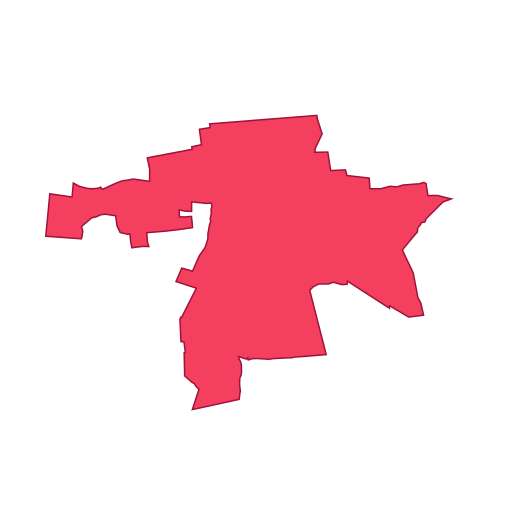 Sanahcat, Yucatán, Mexico (Robinson projection), rotated 349°
{"feature_id": "50627088B45339829502466", "entity_name": "Sanahcat", "entity_type": "district", "adm_level": 2, "iso_a3": "MEX", "parent_name": "Mexico", "parent_adm1": "Yucatán", "projection": "robinson", "projection_center": [-89.213, 20.761], "detail": "fine", "context": "isolated", "style": "filled", "palette": "rose", "viewbox_px": 512, "rotation_deg": 349, "n_neighbors": 0, "source": "geoboundaries", "source_scale": "gbopen_adm2", "svg_char_len": 2466}
<svg xmlns="http://www.w3.org/2000/svg" viewBox="0 0 512 512"><g transform="rotate(349 256 256)"><path d="M458.6,237.2L454.2,235.2L447.4,232.0L446.2,231.3L442.5,230.6L442.4,230.6L436.3,229.5L436.7,217.2L434.6,215.8L429.5,216.3L426.0,215.7L423.5,215.5L414.1,214.4L407.3,215.0L400.7,213.1L391.4,213.8L380.7,211.7L382.0,201.1L369.6,197.2L360.2,194.2L360.6,192.2L360.2,188.5L345.6,186.4L346.3,167.7L333.5,165.4L335.0,161.2L344.2,148.8L342.4,133.3L342.4,133.0L342.4,132.8L342.4,132.6L342.6,129.6L235.7,117.4L235.5,121.2L224.6,120.8L223.7,136.3L213.8,136.5L213.6,139.1L176.4,138.9L168.0,138.9L168.2,150.5L165.8,162.4L150.1,157.0L144.7,157.0L141.5,156.8L137.8,156.8L129.8,158.4L118.1,161.3L116.4,158.7L115.5,159.2L112.6,159.3L107.3,158.6L103.8,157.6L96.1,154.1L90.6,149.5L86.7,163.0L65.5,155.6L53.4,196.5L87.8,205.8L88.9,203.7L90.8,198.3L90.2,193.8L102.2,187.1L106.2,187.1L111.8,185.9L116.2,186.3L125.9,189.7L125.3,199.8L127.1,207.0L130.1,208.3L134.4,210.3L136.4,210.2L135.7,217.7L135.7,224.3L140.9,224.5L144.8,224.9L147.1,225.0L152.6,226.3L152.1,221.7L153.2,212.3L172.6,214.4L180.2,215.0L186.2,215.4L199.1,216.0L199.6,211.9L200.2,204.9L197.0,204.4L194.8,204.3L188.3,203.0L189.3,196.1L194.9,198.4L201.3,199.9L203.2,190.6L217.7,195.0L222.1,195.4L222.3,199.0L221.2,200.5L220.5,203.2L220.6,204.3L219.8,206.9L218.1,210.7L218.2,213.3L216.3,216.5L213.1,224.9L211.9,230.3L207.6,238.0L200.4,244.9L190.8,258.8L180.8,253.7L172.6,265.8L191.3,276.2L171.3,302.0L170.5,301.7L169.2,303.8L166.0,325.7L168.9,326.6L168.2,337.4L167.0,337.3L163.1,360.1L169.2,368.0L171.0,369.3L172.2,372.4L174.6,376.0L164.2,394.6L212.1,393.5L213.6,389.1L214.2,386.9L214.8,386.4L215.1,382.0L215.5,378.3L216.8,372.8L218.9,369.6L219.3,367.9L219.9,366.6L220.0,365.0L220.9,359.7L220.7,357.1L219.8,353.7L219.8,351.4L224.8,354.3L227.2,355.4L228.6,354.4L228.5,356.5L229.0,356.5L229.3,356.5L233.0,356.1L234.2,356.3L238.6,357.1L241.5,357.9L245.9,359.0L249.0,359.9L253.3,360.0L255.5,360.3L256.9,360.5L268.8,362.2L271.8,362.7L275.3,362.6L280.7,363.4L306.1,366.2L302.2,299.9L306.4,297.1L312.2,295.5L314.1,295.8L321.8,297.3L324.4,296.9L327.2,296.6L334.5,300.4L339.9,301.2L341.1,298.2L353.9,310.6L377.1,332.8L377.2,331.1L377.6,330.3L394.3,345.1L409.2,346.1L408.8,333.6L407.0,327.7L407.1,302.7L400.8,278.0L412.9,268.0L419.1,263.1L420.0,259.6L421.9,257.7L423.4,256.7L424.8,254.8L428.3,254.8L430.1,251.9L445.9,241.3L446.0,241.2L446.6,240.8L450.1,238.6L458.6,237.2Z" fill="#f43f5e" stroke="#9f1239" stroke-width="1.5"/></g></svg>